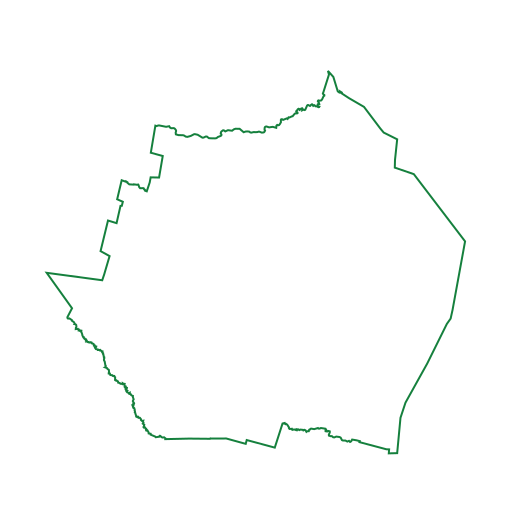 the district of Hidalgo, Tamaulipas, Mexico, rotated 186°
{"feature_id": "50627088B14720065725755", "entity_name": "Hidalgo", "entity_type": "district", "adm_level": 2, "iso_a3": "MEX", "parent_name": "Mexico", "parent_adm1": "Tamaulipas", "projection": "robinson", "projection_center": [-99.235, 24.164], "detail": "fine", "context": "isolated", "style": "outline", "palette": "green", "viewbox_px": 512, "rotation_deg": 186, "n_neighbors": 0, "source": "geoboundaries", "source_scale": "gbopen_adm2", "svg_char_len": 6010}
<svg xmlns="http://www.w3.org/2000/svg" viewBox="0 0 512 512"><g transform="rotate(186 256 256)"><path d="M164.2,415.6L180.0,422.7L187.8,426.7L187.7,427.5L189.3,428.3L188.9,427.4L190.1,427.2L191.9,428.3L197.8,442.2L203.8,447.6L202.4,444.1L206.2,425.5L206.5,424.7L206.0,423.9L204.9,423.3L204.8,422.6L205.5,422.0L206.7,418.5L207.6,417.4L209.1,417.2L209.6,416.8L210.3,417.2L210.6,416.8L210.7,416.4L209.3,414.7L209.0,413.8L210.0,413.7L210.4,413.4L210.6,412.6L210.0,411.5L208.6,411.2L208.8,410.7L209.5,410.5L211.1,411.2L212.5,411.1L213.6,412.1L214.0,412.1L214.8,411.3L215.9,412.7L216.3,412.7L217.3,411.8L217.7,411.0L218.1,410.9L219.8,411.6L220.4,411.5L220.9,411.0L222.3,406.6L222.9,406.2L224.0,406.5L225.2,405.8L225.0,407.0L225.4,407.7L226.3,407.5L227.7,405.9L227.9,405.8L228.3,406.7L229.0,406.9L229.8,406.3L230.4,405.1L231.0,404.5L231.1,404.0L229.7,403.0L229.6,402.5L230.1,402.1L231.9,401.9L232.7,401.1L234.2,398.8L234.8,398.7L237.3,397.2L238.1,397.3L238.9,395.6L239.7,396.1L243.3,394.2L244.5,394.8L245.3,394.5L245.5,393.9L245.2,391.6L246.1,389.6L246.7,388.7L247.7,388.3L248.6,388.6L249.3,387.8L249.3,385.6L252.8,386.2L256.4,385.3L259.1,385.9L259.9,385.7L260.6,385.1L260.8,384.3L260.7,382.4L260.1,381.8L260.3,381.1L260.7,380.2L261.3,379.7L263.1,379.3L265.7,380.0L266.5,379.9L267.5,379.4L270.1,379.0L270.9,379.1L273.6,378.2L274.6,378.3L275.8,379.0L277.5,379.0L279.3,378.7L281.2,377.8L285.6,380.8L289.7,380.4L291.2,379.7L292.9,378.1L297.0,378.2L299.6,376.7L301.1,377.6L301.9,377.6L303.5,376.1L303.8,375.3L303.9,374.0L303.3,373.6L303.0,373.0L303.1,372.3L303.7,371.7L306.3,370.4L307.6,369.1L309.0,368.7L313.8,368.3L315.2,368.3L317.4,369.7L318.4,369.6L320.5,368.3L321.7,368.1L326.7,370.5L329.6,370.8L330.4,370.6L333.4,368.6L336.7,367.3L338.4,367.4L340.1,368.3L341.3,368.5L345.7,368.1L348.4,368.6L348.8,370.3L348.5,372.0L348.8,372.8L350.0,374.1L351.1,374.6L353.7,374.2L355.0,374.8L355.9,376.0L358.9,375.1L365.7,375.7L366.8,375.6L368.5,374.8L369.7,375.1L371.4,347.7L359.2,345.7L360.6,323.9L369.0,323.2L369.4,318.0L371.4,308.9L371.8,309.0L371.7,309.3L372.0,309.5L372.9,309.4L372.9,309.7L373.4,310.2L373.7,310.1L374.7,311.2L374.7,311.5L375.2,311.7L378.3,311.3L379.3,312.2L380.3,314.4L380.7,314.8L381.7,314.4L385.0,314.5L385.1,314.2L389.5,314.0L391.6,315.4L391.6,315.9L393.2,316.7L393.4,316.3L397.5,317.3L400.0,297.9L394.1,296.0L394.7,291.9L396.0,291.7L398.1,274.1L406.9,275.8L411.1,244.6L401.6,240.6L405.1,221.6L406.4,215.8L462.4,217.4L433.5,184.8L437.2,175.4L437.0,174.6L436.4,174.1L435.0,174.4L432.4,173.0L432.3,172.4L430.2,171.2L429.1,169.6L429.3,169.3L428.3,169.2L427.6,168.6L427.2,166.9L427.3,166.0L427.6,165.8L427.6,164.5L426.5,164.8L425.7,164.6L425.4,164.8L425.0,164.3L424.5,164.3L424.5,163.4L423.8,163.5L423.5,163.2L422.9,163.6L421.9,163.5L422.0,162.3L421.6,162.0L420.5,159.6L420.5,159.2L419.5,157.4L418.8,157.3L418.7,156.5L418.0,156.3L417.8,155.6L416.6,155.5L416.5,154.6L416.0,154.8L415.5,154.3L415.8,153.2L415.1,153.3L414.3,152.8L413.5,153.0L413.3,152.6L412.6,152.5L411.4,153.0L411.1,152.6L410.4,152.7L410.0,151.9L408.7,151.7L408.2,151.4L407.9,150.0L407.1,150.3L406.5,149.4L405.4,149.3L405.4,148.9L405.8,148.4L406.6,148.4L406.7,148.1L405.5,146.7L403.5,146.5L403.4,146.0L401.9,146.2L401.4,145.8L401.0,146.2L400.4,145.6L399.6,145.5L399.2,144.7L398.7,144.8L398.8,144.1L398.3,143.8L398.2,143.2L397.8,143.1L397.7,142.0L397.3,141.7L396.9,140.0L396.3,139.5L396.6,138.8L396.2,138.3L396.4,137.0L396.2,136.2L395.5,135.4L394.3,131.3L393.9,131.0L393.9,129.9L394.5,129.5L392.4,128.9L392.1,128.3L390.5,127.4L390.1,126.0L390.2,124.8L389.7,124.4L390.2,124.0L390.2,123.7L388.9,123.5L388.4,122.4L386.4,122.4L386.0,121.8L384.4,121.9L384.2,121.3L383.4,120.7L383.2,117.9L382.5,117.5L381.8,117.8L381.1,117.1L380.5,117.1L380.1,116.7L379.8,115.6L378.3,115.5L377.9,115.0L376.9,114.7L376.1,115.0L375.3,114.5L374.8,114.6L375.0,115.4L374.4,115.1L373.5,115.1L373.7,114.6L373.2,114.1L373.1,112.9L372.2,112.7L372.7,111.9L371.9,111.3L371.9,110.6L371.4,110.7L371.0,111.5L370.6,111.4L370.7,110.6L371.5,110.0L371.4,109.3L370.3,108.8L370.9,108.4L370.8,108.0L370.1,108.0L369.9,107.0L368.5,106.6L368.0,106.0L367.2,106.8L366.9,105.5L365.9,105.3L365.7,104.7L364.8,104.2L363.8,104.0L363.7,102.8L362.7,100.7L363.3,99.2L363.3,98.7L361.8,96.8L361.9,96.4L362.5,96.3L362.2,95.4L362.7,95.3L362.7,94.7L363.2,94.6L362.9,94.2L362.8,93.7L362.5,93.6L362.5,92.9L361.8,92.5L361.8,91.9L361.1,91.8L360.5,90.3L360.6,89.7L360.1,88.9L360.2,87.8L359.7,87.4L359.0,85.5L358.4,84.7L358.4,83.8L357.4,83.4L356.5,83.9L356.2,83.7L355.9,82.8L354.5,82.9L353.3,81.6L353.3,80.9L352.2,80.1L351.0,80.4L351.3,79.4L350.5,78.7L350.5,78.1L351.0,77.4L349.5,76.5L349.7,75.8L349.3,74.8L350.0,74.1L349.6,73.6L348.3,73.7L347.7,72.7L347.2,72.7L347.2,71.4L346.9,70.9L346.4,70.9L345.8,71.3L344.4,69.4L344.2,68.3L342.2,68.2L342.1,67.3L337.4,65.9L336.8,65.3L333.2,66.2L333.2,66.8L332.8,67.2L332.4,67.1L330.8,65.9L329.7,65.7L328.5,66.1L326.9,65.1L327.0,64.4L303.5,67.4L282.6,69.4L281.9,70.4L282.0,69.7L266.5,71.4L246.6,68.1L246.0,72.0L217.3,67.4L212.1,92.2L210.2,92.9L210.1,92.5L209.8,92.7L209.0,91.9L208.6,92.2L207.3,91.5L205.3,89.0L205.3,88.3L204.6,87.5L202.3,87.9L202.2,87.2L201.6,86.9L200.3,87.4L199.1,87.5L198.7,87.2L198.3,87.6L197.4,87.1L197.3,88.0L197.1,88.0L196.3,87.6L195.9,88.0L195.5,87.9L194.7,87.4L193.7,88.0L191.1,88.0L190.7,87.5L189.6,88.2L188.5,87.8L187.5,86.4L186.9,87.0L185.2,87.3L185.2,88.2L184.8,88.9L184.1,89.1L184.0,89.5L183.2,90.1L180.0,89.9L176.4,91.4L175.9,90.9L174.6,91.0L173.5,91.7L168.8,91.5L167.7,90.0L167.6,89.3L168.6,89.8L168.5,89.0L167.7,88.9L165.6,89.6L164.3,89.3L164.2,88.3L164.9,85.8L164.7,85.0L162.9,84.6L161.8,84.8L160.3,83.8L159.1,83.8L157.3,84.8L154.0,84.7L152.8,84.2L151.3,81.9L150.4,81.6L147.7,81.8L145.8,81.0L144.2,81.9L143.0,80.9L142.6,81.1L141.9,81.8L141.2,83.5L136.7,83.2L133.4,82.7L133.6,81.7L106.1,77.4L103.4,77.6L103.3,73.6L95.0,74.7L95.4,110.2L92.0,125.8L74.5,166.9L59.1,208.4L55.9,214.1L54.9,222.8L49.6,292.4L107.6,353.9L127.2,358.4L127.8,366.0L127.8,386.8L141.9,392.1L145.7,395.8L164.2,415.6Z" fill="none" stroke="#15803d" stroke-width="2"/></g></svg>